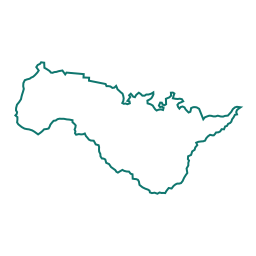 the district of Tangará, Santa Catarina, Brazil
{"feature_id": "56859067B14678126982522", "entity_name": "Tangará", "entity_type": "district", "adm_level": 2, "iso_a3": "BRA", "parent_name": "Brazil", "parent_adm1": "Santa Catarina", "projection": "robinson", "projection_center": [-51.129, -27.151], "detail": "fine", "context": "isolated", "style": "outline", "palette": "teal", "viewbox_px": 256, "rotation_deg": 0, "n_neighbors": 0, "source": "geoboundaries", "source_scale": "gbopen_adm2", "svg_char_len": 3581}
<svg xmlns="http://www.w3.org/2000/svg" viewBox="0 0 256 256"><path d="M182.6,181.1L184.1,177.8L185.7,175.2L187.3,173.0L187.0,171.0L186.6,168.5L188.3,165.5L188.3,162.8L189.0,160.6L187.9,159.1L188.1,156.3L191.1,154.9L192.2,151.4L194.6,149.8L195.3,147.4L197.3,145.1L196.2,142.7L198.4,141.8L201.4,141.4L203.2,141.3L205.1,140.6L206.2,138.3L208.0,136.3L210.1,134.8L212.2,135.3L213.8,135.3L215.0,134.0L216.0,132.5L218.5,132.3L220.2,131.4L221.6,129.2L224.0,129.3L225.1,126.5L227.0,125.9L228.1,123.9L230.1,123.0L231.3,121.7L232.1,119.3L233.6,117.3L234.9,114.8L237.0,114.4L236.2,112.1L236.9,110.2L238.3,108.9L240.6,107.3L236.9,106.8L234.9,107.4L232.8,109.2L231.4,111.7L229.6,113.7L227.9,115.6L225.0,115.9L223.1,116.6L220.8,116.5L217.8,115.7L215.5,116.4L213.4,116.4L211.1,115.8L209.2,115.7L207.4,116.3L204.9,117.3L203.3,119.3L200.5,112.3L199.1,108.8L196.7,107.4L194.9,107.1L193.2,107.2L191.1,108.1L190.8,109.9L190.3,111.8L188.6,112.5L187.3,111.2L185.6,109.4L184.5,107.4L182.6,106.5L180.8,107.0L179.4,108.6L178.1,106.9L177.4,104.9L178.8,103.2L181.1,102.3L183.2,101.3L181.9,99.2L179.8,98.7L177.8,99.0L175.4,98.8L172.9,98.3L173.7,95.5L174.4,93.5L172.9,92.6L170.9,92.7L171.1,95.7L169.3,97.4L165.9,98.8L166.0,101.1L166.1,104.2L164.4,105.3L162.6,104.4L161.8,102.7L160.2,102.6L158.9,105.6L160.0,107.1L162.0,106.6L163.6,107.9L163.0,110.0L161.0,109.4L158.6,109.7L156.6,110.5L155.2,109.3L153.9,107.4L152.7,105.5L150.6,104.3L147.6,103.4L147.4,100.6L149.6,99.5L151.3,98.3L152.4,96.6L153.4,94.4L153.3,92.4L151.2,93.7L148.6,94.5L146.3,94.5L144.6,95.7L142.4,95.7L140.6,93.9L138.8,92.7L136.2,94.9L134.9,97.2L133.2,96.7L132.2,95.3L130.8,93.7L129.1,95.3L130.3,97.0L128.9,99.0L127.5,100.9L129.5,101.4L129.8,103.3L127.4,104.2L125.5,103.5L123.8,103.8L122.3,103.0L123.3,101.0L123.7,98.3L123.2,95.7L122.5,93.6L120.9,92.4L119.0,90.6L117.5,89.3L116.9,87.6L116.1,85.9L114.4,87.6L112.4,87.9L110.5,86.5L108.4,86.1L106.5,86.1L105.6,84.0L89.0,80.7L89.1,77.7L83.5,77.5L83.7,74.1L66.5,72.6L65.2,74.4L63.9,72.6L62.4,70.5L60.2,70.9L58.6,71.2L56.4,71.9L54.3,72.1L52.6,72.8L50.9,72.6L49.6,71.0L48.1,70.0L46.4,68.9L44.4,67.8L44.2,62.7L41.1,62.3L40.1,63.8L37.7,65.0L36.3,67.1L38.7,70.5L37.4,72.5L35.0,75.1L33.2,76.7L31.2,77.6L29.7,78.7L27.0,79.4L24.8,80.2L23.4,83.1L23.2,86.2L23.8,88.9L23.1,91.4L22.1,94.5L21.5,96.7L21.0,99.2L19.2,102.0L17.0,104.7L16.1,108.0L16.0,110.4L17.1,112.1L16.7,114.0L15.4,115.4L17.4,117.1L17.4,119.7L17.1,122.4L18.3,124.3L19.9,125.6L21.8,127.1L24.5,128.6L26.8,129.1L29.1,129.4L32.2,130.4L34.4,131.7L36.2,133.0L38.1,134.4L40.5,132.7L42.4,131.1L44.1,129.3L46.7,129.0L48.6,128.5L49.7,126.5L50.4,124.6L51.9,122.7L53.6,120.8L55.7,120.5L57.5,119.2L59.5,118.7L61.2,118.8L63.9,118.8L66.9,119.4L69.4,119.6L72.5,120.2L72.5,122.2L74.5,124.0L75.7,125.4L75.4,127.5L74.6,129.5L75.4,131.3L75.0,133.2L76.1,134.7L78.8,134.1L81.2,134.4L83.2,134.2L84.8,133.5L85.9,136.0L87.5,137.8L88.9,139.6L90.7,140.5L93.7,140.7L94.8,142.6L95.7,144.4L98.6,145.2L99.1,147.1L99.0,149.4L99.2,151.7L100.3,153.9L100.5,156.4L101.9,158.5L103.6,158.6L105.3,159.5L106.2,162.8L109.1,164.1L111.0,167.0L113.9,169.1L115.3,170.1L116.4,171.8L117.9,172.6L120.0,171.3L122.4,169.9L124.2,170.9L126.7,171.5L129.0,171.6L130.6,173.7L132.5,174.3L132.6,176.2L132.7,178.7L134.4,179.0L136.1,179.1L137.9,179.8L138.9,181.5L139.5,184.9L141.0,186.1L142.5,187.3L145.3,188.7L147.9,189.6L149.5,190.6L149.9,192.4L151.9,193.1L154.6,192.7L157.4,193.7L159.5,192.5L161.7,193.0L163.4,192.9L165.2,193.1L166.3,191.1L167.6,189.4L168.7,188.0L171.6,188.5L173.6,185.9L175.5,184.4L177.2,183.6L179.2,183.6L181.0,183.1L182.6,181.1Z" fill="none" stroke="#0f766e" stroke-width="2"/></svg>